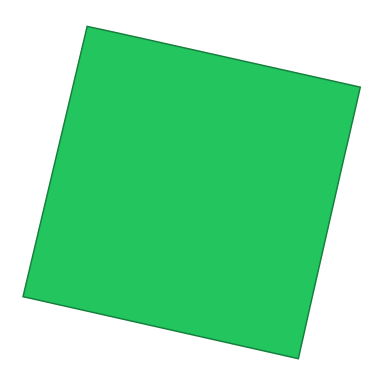 the district of Wallace, Kansas, United States of America, rotated 193°
{"feature_id": "52423323B26647811749037", "entity_name": "Wallace", "entity_type": "district", "adm_level": 2, "iso_a3": "USA", "parent_name": "United States of America", "parent_adm1": "Kansas", "projection": "orthographic", "projection_center": [-101.931, 38.916], "detail": "fine", "context": "isolated", "style": "filled", "palette": "green", "viewbox_px": 384, "rotation_deg": 193, "n_neighbors": 0, "source": "geoboundaries", "source_scale": "gbopen_adm2", "svg_char_len": 325}
<svg xmlns="http://www.w3.org/2000/svg" viewBox="0 0 384 384"><g transform="rotate(193 192 192)"><path d="M51.6,332.0L290.1,330.3L331.4,329.8L333.1,52.0L50.9,53.5L50.9,55.7L51.2,108.6L51.6,258.0L51.6,266.9L51.5,277.1L51.5,285.7L51.6,295.0L51.5,295.7L51.6,332.0Z" fill="#22c55e" stroke="#15803d" stroke-width="1.5"/></g></svg>